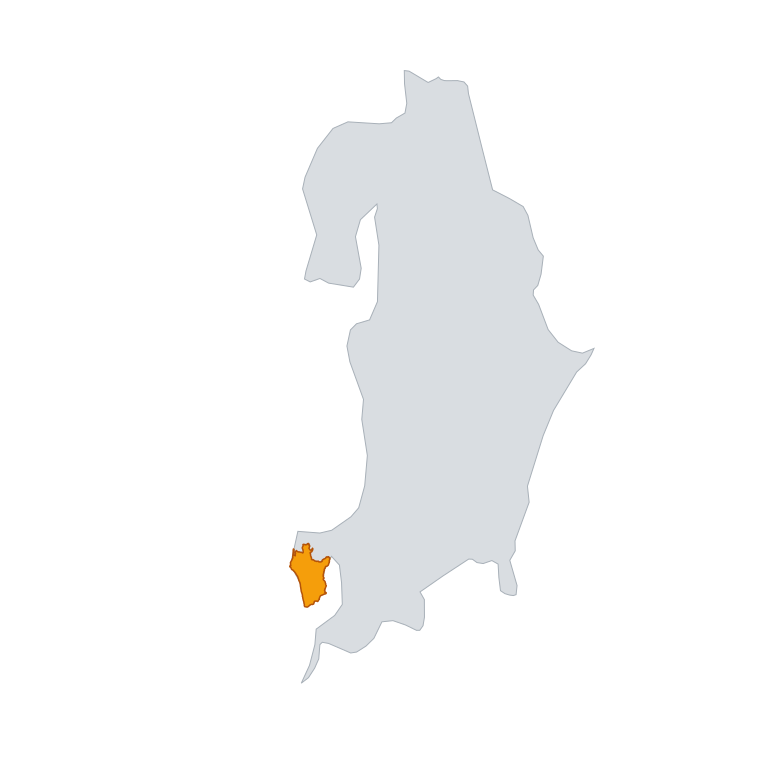 Puerto Jimenez, Puntarenas, Costa Rica shown in context, rotated 56°
{"feature_id": "36466004B12090025276311", "entity_name": "Puerto Jimenez", "entity_type": "district", "adm_level": 2, "iso_a3": "CRI", "parent_name": "Costa Rica", "parent_adm1": "Puntarenas", "projection": "albers", "projection_center": [-83.47, 8.533], "detail": "fine", "context": "in_parent", "style": "filled", "palette": "amber", "viewbox_px": 768, "rotation_deg": 56, "n_neighbors": 0, "source": "geoboundaries", "source_scale": "gbopen_adm2", "svg_char_len": 7252}
<svg xmlns="http://www.w3.org/2000/svg" viewBox="0 0 768 768"><g transform="rotate(56 384 384)"><path d="M632.5,392.3L631.7,395.1L629.1,398.0L625.4,401.0L620.5,403.0L608.7,397.0L597.1,390.1L590.7,393.3L588.3,402.2L584.0,406.8L578.7,408.7L576.5,411.7L576.1,441.9L576.5,470.4L585.3,471.1L600.0,480.9L606.2,486.8L608.2,492.1L606.4,494.8L595.7,501.0L585.2,508.9L580.0,518.7L589.2,534.6L591.2,545.4L590.9,556.6L588.4,562.0L568.1,575.0L563.6,579.6L564.2,582.9L575.4,591.8L580.8,600.4L585.2,610.8L585.8,619.9L575.6,603.1L561.5,587.1L549.3,577.3L548.3,554.3L543.4,541.8L525.0,530.3L509.2,522.2L497.5,523.9L504.7,537.1L523.2,554.1L524.4,560.6L524.1,569.3L511.4,568.0L500.1,564.4L486.4,563.3L477.3,558.1L458.0,537.8L471.7,520.5L476.0,509.2L475.6,485.6L472.5,474.2L457.6,456.9L434.0,437.8L400.9,422.2L385.3,409.6L346.6,399.9L331.8,393.5L320.4,381.6L318.7,373.1L322.8,360.1L312.1,343.4L266.1,310.6L240.4,298.5L234.9,291.4L230.8,289.2L234.6,311.7L245.9,325.3L275.3,338.2L283.3,345.6L286.6,355.2L269.4,373.5L260.7,378.1L258.1,388.1L252.5,391.2L246.6,385.4L222.8,356.4L176.7,342.4L168.4,333.8L151.4,307.4L143.6,283.3L146.5,267.3L165.6,242.5L171.6,231.7L170.4,225.0L171.1,215.1L164.1,208.2L146.6,199.1L135.5,191.9L138.6,188.3L158.7,178.8L160.0,170.1L159.9,167.2L163.2,166.6L166.2,164.3L168.0,161.9L173.5,153.5L178.3,148.8L183.8,148.1L190.5,151.6L215.8,160.8L243.8,171.0L283.8,185.4L300.4,176.3L314.7,169.4L324.7,170.4L346.2,178.6L359.1,181.2L367.1,180.4L380.8,192.4L388.3,201.4L389.6,207.4L393.7,210.6L404.5,211.3L430.7,217.5L446.8,216.3L461.4,209.9L469.4,202.2L471.9,190.0L475.6,196.0L479.9,205.5L481.8,217.6L500.7,258.2L515.8,280.9L548.9,322.2L563.2,329.8L587.3,363.1L595.7,368.5L600.5,378.3L625.5,386.4L632.5,392.3Z" fill="#d9dde1" stroke="#a8b0b8" stroke-width="1"/><path d="M470.3,551.2L470.2,551.4L470.2,551.5L471.1,552.3L471.5,552.6L471.9,552.8L473.3,553.9L473.8,554.3L474.2,554.6L474.4,554.8L474.9,555.3L475.8,555.9L476.0,556.2L476.5,556.5L477.1,556.8L477.8,557.9L477.9,558.0L478.0,558.3L478.8,559.5L478.9,559.9L479.1,560.3L479.4,560.8L479.6,561.1L479.8,561.5L480.6,561.8L480.9,562.2L481.1,562.3L481.7,562.5L482.4,562.8L482.5,563.0L482.5,563.3L482.4,563.5L482.2,563.6L482.4,564.0L482.7,564.2L483.3,564.2L483.7,563.9L484.3,563.9L484.5,563.9L484.8,564.0L485.3,564.2L486.2,564.2L486.5,564.1L487.0,563.6L487.8,563.6L488.1,563.5L488.9,563.3L489.1,563.2L489.6,563.2L490.7,563.1L491.8,563.1L492.2,563.2L493.0,563.2L493.6,563.3L494.1,563.2L495.1,563.2L497.1,563.7L498.0,564.0L499.1,564.3L499.4,564.5L499.9,564.5L501.0,564.7L501.3,564.7L503.1,565.3L504.1,565.9L504.9,566.3L505.2,566.5L506.0,566.8L508.1,567.8L508.7,568.1L509.5,568.5L510.2,568.7L510.5,568.8L510.9,568.9L511.2,569.0L511.8,569.1L512.3,569.3L513.2,569.6L513.8,569.9L514.1,570.2L514.4,570.4L515.3,570.6L516.2,571.1L516.8,571.3L517.3,571.5L517.7,571.7L519.8,572.3L520.9,572.9L521.8,573.2L522.2,573.3L523.0,573.9L523.4,574.1L524.2,574.2L524.9,573.6L525.1,573.3L525.7,572.8L525.7,572.7L526.1,572.2L526.1,571.3L526.2,571.0L526.1,570.8L526.0,570.5L526.0,570.2L526.0,569.9L526.0,569.6L525.9,569.1L525.8,568.9L525.9,568.7L526.0,568.5L526.0,568.2L526.0,567.7L526.2,567.3L526.3,567.0L526.5,566.9L526.8,566.6L526.8,566.4L526.8,566.2L527.0,565.8L527.0,565.6L527.0,565.3L526.8,565.0L526.4,564.8L526.2,564.2L525.3,563.3L525.3,563.0L525.5,562.5L525.7,562.3L525.9,561.7L526.6,561.1L527.0,560.8L527.2,560.6L527.2,560.3L526.5,559.0L526.4,558.1L525.8,557.7L525.5,557.6L525.2,556.9L524.9,556.6L524.7,556.3L524.2,555.5L524.1,554.8L524.2,554.0L524.4,553.7L524.4,553.2L524.6,552.4L524.6,552.1L524.7,551.7L524.7,551.3L525.1,550.4L525.3,549.5L525.1,549.2L525.1,548.9L524.9,548.7L524.5,548.7L524.3,548.9L524.3,549.1L524.1,549.5L524.4,549.5L524.5,549.6L524.4,549.7L524.0,549.5L523.5,549.4L523.4,549.3L523.3,549.0L522.9,548.9L522.2,548.8L521.9,548.7L521.9,548.4L521.8,548.2L521.5,548.0L521.3,548.1L520.9,547.7L520.9,547.4L520.7,547.3L520.5,546.8L520.0,546.2L519.7,545.8L519.4,545.2L519.0,544.7L518.8,544.6L518.5,544.6L518.3,544.6L518.1,544.6L517.7,544.5L517.2,544.3L516.9,544.0L516.2,543.9L515.2,543.5L514.9,543.4L514.3,543.4L513.4,543.5L513.1,543.7L511.9,543.6L511.8,543.4L511.6,543.3L511.6,543.1L511.4,542.7L511.3,542.3L511.3,542.2L510.8,542.2L510.8,542.3L510.7,542.3L510.5,542.2L510.2,542.2L509.9,542.1L509.7,542.0L509.6,541.9L509.3,541.9L509.0,541.5L508.8,541.5L508.6,541.4L508.5,541.1L508.1,541.0L507.9,540.8L507.8,540.7L507.5,540.3L507.1,539.9L506.7,539.4L506.4,539.3L506.2,539.0L505.9,538.9L505.7,538.4L505.4,538.0L505.4,537.8L504.7,537.6L504.5,537.2L504.2,537.0L504.0,536.8L503.9,536.2L503.8,535.8L503.4,535.6L503.2,535.2L502.9,534.9L502.7,534.4L502.7,534.2L502.8,534.1L503.0,533.8L503.2,533.2L503.1,532.6L503.1,532.1L503.1,531.8L502.8,531.2L502.3,530.6L501.7,529.9L501.6,529.5L501.4,529.2L501.1,529.0L500.9,528.9L500.6,528.6L500.5,528.4L500.0,528.3L499.8,528.1L499.2,527.2L498.6,526.7L498.3,526.7L498.2,526.6L498.0,526.2L497.9,526.1L497.0,526.4L496.9,526.6L496.2,526.6L495.9,526.9L496.0,527.4L495.7,527.6L495.6,528.3L495.2,528.5L495.3,528.7L495.4,529.3L495.8,529.9L495.8,530.1L495.7,530.2L495.7,531.0L495.5,531.4L495.4,531.9L495.4,532.2L495.5,532.4L495.5,532.7L495.4,532.8L495.4,533.1L495.5,533.3L495.5,533.6L495.7,534.1L496.0,534.3L496.3,534.4L496.4,534.7L496.4,535.1L496.1,535.5L496.1,536.1L495.9,536.4L495.8,536.5L495.6,536.7L495.4,537.0L495.2,537.4L494.8,537.4L494.2,537.5L494.0,537.8L493.6,538.5L493.6,538.8L493.3,539.2L493.1,539.2L492.9,539.3L492.7,539.5L492.6,539.8L492.4,539.9L492.2,540.2L491.8,540.4L491.1,540.5L490.9,540.7L490.6,540.8L490.1,540.9L489.8,541.4L489.7,541.7L489.6,541.8L489.4,542.0L488.8,542.1L488.4,541.7L487.8,541.5L487.7,541.4L487.2,541.3L486.7,541.1L485.4,540.9L485.1,540.7L484.4,540.4L484.2,540.2L483.9,540.0L483.7,539.9L483.2,539.8L482.7,539.8L482.6,539.5L482.5,539.1L482.5,538.5L482.7,538.1L482.7,537.8L482.2,536.8L481.6,535.8L481.3,535.6L481.0,535.3L480.7,535.1L480.3,535.1L480.3,535.5L480.7,536.1L480.9,536.6L480.9,536.8L480.9,537.4L480.7,537.7L480.5,538.0L479.8,538.1L478.8,538.1L478.5,538.1L478.1,538.0L478.0,537.8L477.8,537.4L477.3,537.0L477.2,536.8L477.1,536.6L477.0,536.3L476.7,536.1L476.1,536.1L475.9,536.2L475.7,536.0L475.2,536.2L475.0,535.8L474.9,535.7L474.4,535.7L473.8,536.0L473.8,536.3L473.6,536.7L473.6,536.9L473.9,537.2L473.9,537.3L473.8,537.6L473.8,538.3L473.6,538.5L473.6,538.8L473.2,539.0L473.0,539.4L472.8,539.5L472.7,539.7L472.5,539.9L472.1,540.0L472.0,540.3L472.0,540.5L471.8,540.7L471.8,540.9L472.0,541.1L472.3,541.2L472.9,541.6L473.3,542.1L473.7,543.0L473.9,543.2L474.5,543.5L474.8,543.7L476.0,543.8L476.4,544.1L477.1,544.3L477.5,544.6L478.4,545.1L478.5,545.2L478.6,545.4L478.6,545.7L478.5,546.0L478.1,546.2L477.7,546.4L477.4,546.5L476.9,547.3L476.1,547.8L475.8,548.3L475.5,548.6L475.3,549.0L475.0,549.1L474.8,549.3L474.5,549.4L474.3,549.5L474.0,549.7L473.6,549.6L473.1,549.8L473.1,550.1L473.4,550.6L473.4,550.9L473.5,551.1L473.8,551.5L474.1,551.8L474.6,551.9L474.8,552.0L475.2,552.3L475.3,552.5L475.4,552.8L475.7,553.0L476.5,553.3L476.7,553.6L475.8,554.3L475.0,554.4L474.6,554.4L474.4,554.2L474.2,553.9L474.0,553.7L473.9,553.4L473.5,553.3L473.2,553.0L473.0,552.9L472.8,552.8L472.7,552.8L472.7,552.4L472.3,552.3L471.8,551.8L471.6,551.9L471.5,551.6L471.4,551.4L471.1,551.4L470.9,551.2L470.7,551.2L470.3,551.2Z" fill="#f59e0b" stroke="#b45309" stroke-width="1.5"/></g></svg>